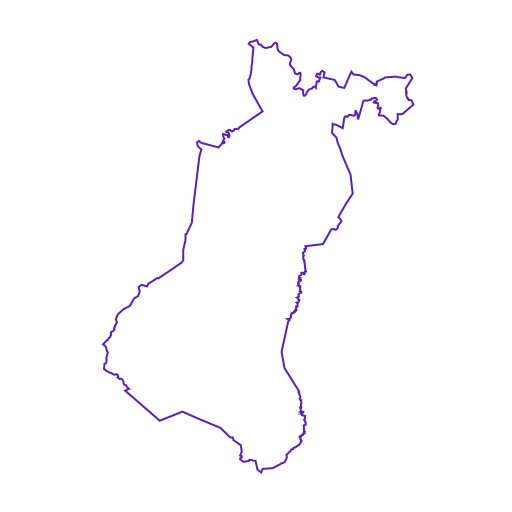 Ajuchitlán del Progreso, Guerrero, Mexico, rotated 4°
{"feature_id": "50627088B24566890251598", "entity_name": "Ajuchitlán del Progreso", "entity_type": "district", "adm_level": 2, "iso_a3": "MEX", "parent_name": "Mexico", "parent_adm1": "Guerrero", "projection": "robinson", "projection_center": [-100.562, 17.931], "detail": "fine", "context": "isolated", "style": "outline", "palette": "violet", "viewbox_px": 512, "rotation_deg": 4, "n_neighbors": 0, "source": "geoboundaries", "source_scale": "gbopen_adm2", "svg_char_len": 6025}
<svg xmlns="http://www.w3.org/2000/svg" viewBox="0 0 512 512"><g transform="rotate(4 256 256)"><path d="M260.2,42.0L258.9,43.1L256.8,46.2L251.6,47.7L250.5,47.7L248.1,46.9L245.9,44.6L244.1,44.9L241.8,40.4L237.6,42.4L235.3,42.8L234.0,44.9L238.9,48.2L238.6,59.3L238.8,62.6L238.3,66.8L238.5,69.2L238.2,74.0L237.3,79.1L236.2,80.7L237.0,85.0L241.4,94.5L252.4,111.3L230.4,128.9L229.4,130.5L225.9,130.7L225.1,132.5L224.4,132.5L223.7,133.4L222.8,133.3L221.4,132.0L220.1,132.0L219.0,133.2L217.7,133.8L217.9,134.5L219.1,134.2L220.4,135.7L221.1,137.2L221.0,138.7L220.5,139.5L219.9,139.5L219.6,138.7L219.7,137.6L219.3,137.2L217.4,137.3L215.2,136.6L214.6,136.7L215.2,139.8L216.4,141.2L216.2,141.8L215.2,142.8L215.1,143.8L216.5,144.4L216.6,145.3L216.0,145.8L214.3,145.5L214.0,146.7L211.8,149.1L211.2,150.3L194.8,147.2L192.6,146.6L191.1,145.2L189.1,146.9L190.4,150.6L194.1,153.6L192.6,160.4L190.0,210.7L189.7,227.2L185.2,238.8L184.2,239.1L184.5,245.5L183.0,254.7L183.7,265.4L182.4,267.7L160.3,285.1L159.2,284.8L150.5,291.2L149.5,293.9L143.8,292.8L141.1,295.1L142.5,300.0L141.2,304.0L137.3,307.0L133.6,314.7L127.4,318.4L122.0,324.2L120.5,329.0L122.0,331.9L121.3,333.0L121.0,334.4L120.3,335.0L120.4,336.0L119.4,337.8L120.0,339.0L118.3,341.2L117.1,341.7L116.5,342.5L116.6,343.5L117.1,344.6L116.4,345.6L116.3,346.9L114.8,348.4L114.3,349.9L112.9,350.7L109.6,354.8L111.4,355.9L112.7,357.4L113.3,359.5L114.9,362.6L113.8,368.0L114.2,370.1L114.1,372.8L113.8,373.4L112.4,374.0L112.3,379.4L113.7,380.1L114.6,381.0L116.3,381.5L118.3,382.7L119.8,382.8L122.2,384.2L124.1,384.1L125.1,383.7L126.0,383.9L126.9,385.9L126.3,386.8L128.6,388.2L130.0,387.7L131.3,388.6L132.6,390.5L132.7,392.0L133.4,393.3L134.3,393.9L135.3,394.0L136.8,396.1L138.6,397.5L134.8,399.4L171.5,427.0L193.5,416.4L210.1,422.4L232.5,429.9L243.0,438.8L245.5,438.6L246.4,441.3L253.9,445.7L255.5,452.2L254.1,456.1L255.7,456.6L255.9,457.8L254.4,458.8L254.4,459.9L257.9,462.2L263.0,461.0L263.8,459.7L269.9,460.6L272.4,469.1L276.3,471.6L277.4,467.9L287.3,466.5L294.5,462.2L295.6,461.1L296.7,461.0L297.2,460.5L298.9,459.8L300.8,455.2L300.6,453.1L300.2,452.2L301.4,451.2L302.1,450.0L304.2,447.9L304.4,447.1L305.0,446.4L306.4,446.0L306.5,445.3L307.7,444.2L308.6,444.3L310.3,442.5L312.1,441.6L314.3,437.5L313.7,437.4L313.6,436.0L313.1,435.8L313.2,434.9L312.1,433.8L312.1,433.3L312.6,432.7L313.5,432.7L313.7,431.6L315.4,431.2L315.6,429.9L316.6,429.6L315.9,428.7L316.0,428.0L316.8,428.2L317.0,427.9L316.1,426.5L315.5,422.3L315.6,421.6L317.3,420.9L317.4,420.5L317.3,419.4L316.8,418.6L317.0,418.0L316.1,417.1L316.1,416.2L315.6,416.0L315.9,415.7L316.2,412.2L313.0,411.6L312.8,410.1L312.1,410.1L313.8,408.8L314.0,408.2L310.9,408.3L311.7,407.3L311.3,405.4L311.6,403.9L311.1,403.9L310.7,404.5L310.5,404.3L311.3,402.4L311.2,400.9L311.6,399.7L310.9,397.4L311.2,396.7L310.0,396.3L309.6,395.5L310.2,393.5L308.5,390.2L308.6,389.3L307.8,388.7L308.3,387.9L292.2,365.7L288.2,349.8L292.7,319.1L293.8,317.7L292.0,316.7L293.9,316.4L295.2,314.8L294.8,312.8L295.4,312.1L295.2,311.3L295.5,310.5L297.0,310.5L297.4,309.2L298.4,309.4L298.8,309.1L298.5,307.8L298.7,307.4L300.0,307.6L300.2,307.3L299.5,306.1L299.9,304.6L299.4,304.1L299.6,303.6L300.0,303.8L301.0,303.4L300.8,300.7L299.8,299.7L301.6,299.3L301.8,298.1L302.3,297.3L302.3,296.7L301.3,296.4L300.7,295.7L300.7,295.1L299.8,294.6L301.7,293.5L301.0,291.4L301.7,290.6L303.6,289.4L303.7,288.8L302.2,288.1L302.7,287.5L302.7,286.7L302.2,286.1L302.4,284.6L301.6,283.6L302.4,283.5L302.4,283.0L301.2,282.4L299.8,282.5L300.7,280.8L299.7,280.0L300.3,278.2L301.5,278.3L302.6,277.2L302.6,276.5L300.6,275.9L301.5,274.8L300.3,274.5L300.3,273.2L302.3,271.8L302.9,270.6L302.5,270.1L302.5,269.6L304.7,269.4L304.6,269.8L305.0,270.0L305.1,270.8L305.6,270.8L305.8,270.4L305.3,269.9L305.3,269.4L305.8,268.5L306.9,268.0L306.7,267.2L306.3,267.1L304.8,258.6L304.3,258.2L304.6,257.0L303.3,255.7L303.4,254.3L303.1,253.5L303.7,252.2L303.2,251.9L302.5,249.8L302.6,249.4L303.8,248.6L304.6,247.1L304.5,246.5L303.8,245.9L303.8,245.5L305.5,245.0L304.6,242.8L322.0,239.4L329.1,224.6L329.7,223.9L331.4,223.8L332.5,223.8L333.4,224.4L335.1,223.4L335.6,221.6L335.4,221.0L335.9,219.7L338.9,215.3L337.1,212.8L335.4,211.5L342.0,197.8L348.1,187.1L344.6,168.1L335.5,150.5L332.4,142.7L329.9,138.1L328.0,132.3L323.3,127.9L323.3,118.9L324.0,119.3L326.7,119.4L333.6,122.4L334.4,112.5L334.9,110.8L336.4,110.4L337.1,110.9L338.3,110.0L338.9,108.9L339.9,108.6L343.6,109.2L344.5,108.9L345.0,108.2L345.1,103.6L347.3,107.8L348.4,112.6L352.3,93.8L353.0,93.3L355.6,93.3L357.8,92.8L358.8,92.0L359.5,92.3L360.7,90.7L361.2,90.9L363.3,90.0L365.1,90.3L365.7,91.4L365.5,92.2L364.9,92.8L363.2,93.3L362.8,94.3L363.8,94.9L366.8,94.9L367.4,96.9L366.9,99.6L367.3,100.3L368.0,100.5L370.0,99.5L370.2,100.0L369.4,100.7L369.3,101.2L369.7,102.1L369.7,103.5L368.6,106.4L368.8,107.2L372.9,107.1L373.8,107.4L378.1,110.6L380.7,113.3L382.8,114.6L383.9,114.9L386.2,114.3L386.6,112.0L387.9,110.0L387.4,104.6L392.0,104.3L402.4,94.0L400.1,89.7L397.5,89.7L396.8,88.3L396.2,88.4L394.8,85.6L394.5,83.4L394.7,83.6L395.0,83.1L393.8,78.3L399.5,67.7L397.3,64.2L394.4,64.6L392.2,68.1L385.6,67.7L383.1,67.3L372.1,68.9L371.2,69.9L364.3,73.6L364.5,76.0L364.2,77.4L362.2,77.0L362.4,76.1L360.1,75.4L352.0,70.1L346.9,68.4L340.6,68.1L338.3,65.5L332.3,82.2L326.5,81.3L322.3,74.9L310.8,73.1L311.7,68.1L309.2,66.7L307.7,68.1L307.4,68.9L307.5,70.2L307.2,70.6L306.4,70.7L305.6,69.9L304.2,69.9L303.4,72.5L305.5,73.4L307.8,73.5L306.8,76.4L306.8,77.4L306.3,77.7L304.8,77.4L304.2,78.4L304.4,80.0L304.1,80.9L303.9,84.1L303.0,83.1L302.2,82.9L301.0,83.6L300.4,84.9L297.1,86.3L294.9,90.0L294.8,91.1L294.2,92.1L293.7,92.6L292.7,92.8L292.4,92.6L291.9,91.4L291.6,89.5L291.7,88.2L291.6,87.6L291.1,87.4L291.2,87.1L287.8,85.6L283.6,86.9L282.7,86.7L281.9,85.9L282.1,85.0L283.8,83.9L287.9,77.4L287.6,75.8L287.9,72.8L287.4,70.2L286.4,70.2L285.1,71.6L284.4,71.9L282.2,71.1L280.7,66.9L276.5,63.1L276.5,60.9L277.6,57.6L276.9,56.1L275.3,54.5L273.9,53.6L270.1,53.6L265.6,51.0L263.5,48.9L263.2,48.2L262.2,42.8L260.9,42.0L260.2,42.0Z" fill="none" stroke="#5b21b6" stroke-width="2"/></g></svg>